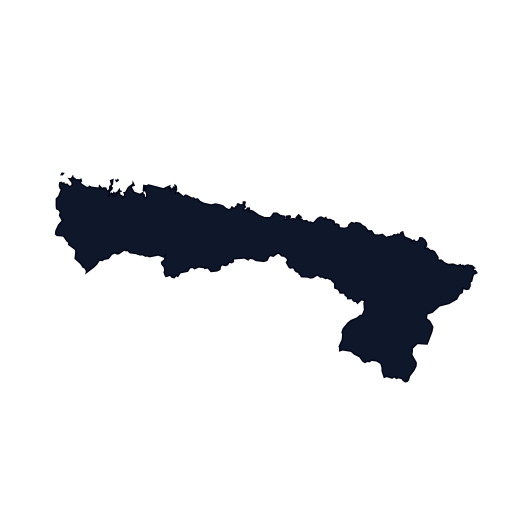 the district of Bolaang Mongondow Selatan, Sulawesi Utara, Indonesia, rotated 202°
{"feature_id": "22746128B14720240696101", "entity_name": "Bolaang Mongondow Selatan", "entity_type": "district", "adm_level": 2, "iso_a3": "IDN", "parent_name": "Indonesia", "parent_adm1": "Sulawesi Utara", "projection": "natural_earth1", "projection_center": [123.982, 0.455], "detail": "fine", "context": "isolated", "style": "filled", "palette": "ink", "viewbox_px": 512, "rotation_deg": 202, "n_neighbors": 0, "source": "geoboundaries", "source_scale": "gbopen_adm2", "svg_char_len": 6099}
<svg xmlns="http://www.w3.org/2000/svg" viewBox="0 0 512 512"><g transform="rotate(202 256 256)"><path d="M115.2,198.1L113.2,200.2L111.2,200.6L110.1,202.7L104.8,204.0L99.9,203.2L97.2,199.8L96.0,196.8L91.7,191.6L89.8,193.4L84.1,193.8L82.3,196.1L80.0,195.1L78.4,196.6L74.5,197.1L73.2,195.9L70.5,195.3L68.8,196.5L68.3,198.3L68.8,202.1L66.8,209.4L66.5,214.0L67.6,217.1L74.6,222.7L75.7,227.0L76.7,228.7L73.7,235.4L64.4,238.5L64.7,251.9L65.6,256.5L70.5,260.5L74.7,261.7L75.8,266.3L71.5,269.9L67.4,278.4L59.4,284.3L53.8,291.3L53.3,296.7L51.2,299.3L52.1,303.6L48.3,303.9L46.5,305.1L46.3,308.4L47.8,311.9L46.7,313.6L47.5,318.9L47.3,320.6L45.0,323.1L47.0,324.5L48.8,324.0L50.0,326.0L49.0,326.8L52.3,327.9L53.6,326.9L54.1,327.4L55.7,326.6L56.0,327.1L57.8,325.9L58.8,323.4L59.6,324.8L60.8,324.8L62.4,323.5L63.3,324.5L65.4,322.4L70.1,322.3L71.1,321.8L70.9,320.9L71.5,320.6L72.2,321.3L74.5,320.1L79.2,320.2L81.2,321.3L82.1,320.6L83.0,321.6L84.1,320.7L86.0,320.6L86.8,322.9L92.1,326.8L94.5,327.1L96.2,326.3L99.9,327.5L102.1,326.5L102.5,327.4L101.8,329.2L102.6,331.6L105.5,334.0L108.7,335.0L110.9,334.2L110.7,332.0L111.6,329.8L113.5,329.0L115.4,329.9L117.1,327.6L118.0,328.4L117.5,328.8L119.2,329.3L124.5,329.2L126.2,329.8L129.0,333.3L130.3,332.1L130.5,329.7L132.9,329.3L133.6,328.0L136.0,327.4L137.1,325.1L138.6,324.8L139.2,323.7L140.3,323.6L142.1,321.8L146.9,323.4L149.5,321.5L154.2,319.8L158.3,322.6L161.6,321.2L165.7,323.8L168.7,324.0L171.7,325.2L175.8,324.4L176.9,323.0L179.9,322.8L181.5,319.7L181.2,318.1L181.9,316.4L184.4,314.7L189.3,313.3L190.9,315.9L193.2,315.9L194.5,314.8L197.0,317.5L201.3,317.6L203.2,316.3L204.1,316.8L204.7,316.2L205.7,317.8L206.8,316.3L208.4,316.3L208.7,315.6L208.7,316.4L209.6,316.6L211.2,315.9L213.0,313.7L214.9,308.4L215.8,307.9L218.1,307.9L220.1,306.8L222.3,307.8L225.5,306.0L227.4,307.3L229.6,306.2L230.1,307.2L228.7,308.9L231.9,310.1L233.0,306.9L231.9,307.0L233.7,304.1L234.7,304.9L238.4,302.9L239.9,303.8L238.8,304.9L239.0,305.7L239.9,305.8L242.4,304.4L242.3,302.7L241.2,301.6L242.8,300.5L243.5,300.8L244.2,303.5L248.5,302.6L252.7,303.5L255.7,302.2L256.4,298.5L257.6,296.6L262.3,294.7L268.5,294.7L275.8,296.4L277.3,296.3L278.7,295.0L280.1,297.9L281.9,297.1L282.0,295.2L284.8,293.9L285.3,295.4L284.3,297.5L285.9,298.9L286.2,301.8L287.1,301.8L288.0,301.2L287.1,299.5L288.6,297.6L292.2,297.6L292.7,296.9L291.8,295.2L293.0,294.6L293.5,292.5L294.6,291.8L296.6,292.4L297.1,289.7L298.8,288.7L301.6,288.7L305.4,290.0L308.8,289.8L313.1,289.0L316.5,286.5L324.2,285.2L328.5,285.5L331.5,287.0L334.0,285.6L335.5,286.5L337.0,285.5L343.1,286.2L344.3,285.9L345.0,284.0L345.8,283.8L351.9,285.7L354.2,283.8L354.7,288.2L356.0,290.6L357.5,291.2L356.4,287.5L357.0,286.9L358.2,288.5L358.7,286.2L359.7,285.0L360.6,285.7L360.3,286.8L361.0,287.1L361.1,286.0L362.2,286.5L362.3,288.5L365.8,285.0L365.8,284.2L367.6,283.5L382.2,281.6L383.6,280.0L386.4,279.4L385.0,274.6L384.3,274.2L383.8,276.3L385.0,277.4L383.9,278.1L382.8,275.1L380.6,272.7L379.2,268.7L381.7,268.6L382.6,270.8L383.7,270.6L384.2,271.7L385.0,270.7L384.9,272.6L385.3,271.1L386.8,269.6L393.0,269.3L397.3,272.7L397.3,274.5L395.5,275.9L397.3,277.6L397.0,276.5L400.0,271.7L400.7,266.0L402.0,265.2L400.8,264.2L400.5,262.5L401.5,260.1L403.1,261.6L404.6,261.2L406.3,263.1L407.4,263.1L406.7,264.9L407.6,266.3L408.2,263.2L409.4,262.3L408.3,260.4L408.8,258.5L410.7,258.3L409.9,260.6L411.5,261.5L411.7,259.5L413.5,260.1L414.9,256.7L415.9,261.7L414.8,263.5L414.8,265.9L415.5,264.2L416.4,264.1L416.0,265.7L416.9,267.3L417.5,265.8L416.7,263.0L417.4,260.7L419.0,260.7L420.7,262.7L422.7,262.1L423.6,260.7L427.3,262.3L426.8,260.5L428.2,259.6L434.7,258.0L436.6,258.2L436.7,257.0L438.7,256.0L445.0,257.2L446.6,258.6L446.0,260.1L447.1,261.5L448.2,260.1L449.8,260.0L450.6,259.1L453.8,260.0L454.2,258.9L455.7,261.1L456.2,258.2L458.2,257.7L453.9,255.2L453.0,252.8L454.4,250.5L456.9,251.0L457.5,251.8L460.9,250.6L461.5,251.7L463.0,250.7L464.2,251.3L465.3,250.4L464.6,247.6L462.7,245.3L461.3,245.0L461.2,237.3L462.5,234.2L460.0,227.9L458.5,225.1L456.1,224.9L453.8,223.6L453.3,220.0L449.4,216.8L448.4,217.1L450.6,210.9L450.9,204.4L450.0,201.3L448.2,200.6L442.0,202.5L436.8,199.1L434.6,198.6L434.0,196.5L426.0,194.5L424.8,193.2L422.7,185.9L415.7,183.4L412.2,180.9L409.8,180.8L407.3,178.3L407.1,177.0L402.3,185.1L400.7,188.8L399.8,193.5L396.8,194.3L395.7,196.1L392.0,198.4L390.5,203.6L388.0,206.1L385.5,205.9L384.1,206.8L380.4,212.3L378.5,212.2L377.2,213.2L374.0,211.9L368.5,213.4L364.1,213.6L361.6,214.8L358.5,214.5L356.7,215.5L354.6,215.4L347.0,220.4L341.3,220.5L340.3,222.7L339.3,218.2L341.2,214.8L340.0,213.0L337.0,211.5L335.2,208.8L335.0,206.4L332.7,203.9L331.8,203.3L328.4,206.1L325.8,204.9L323.7,205.3L323.0,208.1L320.9,207.8L320.1,212.1L313.8,216.2L312.9,220.5L310.0,221.9L308.3,221.2L305.0,224.5L299.5,225.9L298.8,225.3L296.3,227.1L291.9,224.8L286.5,227.7L284.5,230.1L285.1,232.7L284.5,235.2L280.9,235.7L279.1,237.3L278.7,240.3L276.1,240.7L274.9,242.4L276.0,244.1L275.3,245.2L265.8,250.0L261.8,249.5L261.0,251.7L257.7,252.4L254.4,251.9L246.9,253.9L244.2,256.0L243.9,260.1L243.1,261.9L239.9,262.3L237.1,266.6L235.4,267.2L232.2,265.8L230.1,266.4L227.4,266.0L224.9,264.3L225.3,261.4L220.8,257.8L219.4,257.8L218.1,259.0L215.5,258.8L215.1,257.7L213.0,256.6L210.0,256.8L209.2,255.5L207.9,255.4L206.2,253.8L200.1,256.0L197.5,256.0L195.2,257.3L192.1,261.5L188.3,260.6L186.8,261.5L182.9,261.2L181.8,262.5L179.0,262.1L177.8,262.9L176.9,261.8L172.6,260.1L171.0,255.9L167.1,256.0L164.1,253.3L159.9,254.8L158.5,253.0L156.2,252.6L154.9,250.8L150.8,252.7L149.2,251.1L147.7,250.8L146.4,251.6L144.2,250.2L142.0,255.1L138.3,255.3L138.2,252.9L135.1,246.6L135.2,240.8L137.1,239.9L138.9,236.4L143.7,231.7L145.7,228.0L147.8,221.3L147.6,217.5L146.2,216.1L144.6,210.8L144.9,203.2L143.8,202.2L142.9,199.5L140.5,201.5L132.0,203.4L128.0,201.9L122.1,201.5L117.5,198.5L115.2,198.1ZM417.3,273.1L419.0,271.4L416.4,267.9L416.1,268.7L417.3,273.1ZM467.0,258.5L465.9,258.9L465.5,260.4L466.8,260.1L467.0,258.5ZM414.1,273.7L413.2,273.0L412.2,274.6L412.6,274.9L412.7,274.1L414.1,273.7ZM406.6,265.0L406.0,264.9L404.9,265.7L406.6,265.0Z" fill="#0f172a" stroke="#020617" stroke-width="1.5"/></g></svg>